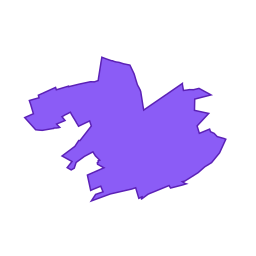 the district of Bustamante, Tamaulipas, Mexico, rotated 65°
{"feature_id": "50627088B16485273598132", "entity_name": "Bustamante", "entity_type": "district", "adm_level": 2, "iso_a3": "MEX", "parent_name": "Mexico", "parent_adm1": "Tamaulipas", "projection": "equal_earth", "projection_center": [-99.943, 23.324], "detail": "fine", "context": "isolated", "style": "filled", "palette": "violet", "viewbox_px": 256, "rotation_deg": 65, "n_neighbors": 0, "source": "geoboundaries", "source_scale": "gbopen_adm2", "svg_char_len": 2215}
<svg xmlns="http://www.w3.org/2000/svg" viewBox="0 0 256 256"><g transform="rotate(65 128 128)"><path d="M64.9,164.3L63.1,176.8L60.6,176.5L60.6,177.0L60.4,195.4L63.0,195.9L62.1,201.3L61.4,205.8L63.1,206.0L64.0,206.1L65.0,206.2L65.8,206.3L66.5,206.4L67.0,206.5L67.7,206.6L67.9,206.6L68.0,206.6L68.3,206.7L68.6,206.7L69.1,206.8L75.1,207.7L74.9,217.2L89.0,212.9L90.5,212.5L91.8,210.4L93.9,206.7L96.5,197.2L97.0,195.6L96.8,195.3L97.0,194.5L97.7,193.0L97.8,192.6L98.3,191.1L98.6,189.6L96.4,190.4L94.6,191.0L94.2,191.1L94.2,190.5L94.3,188.6L94.4,187.3L94.6,181.9L89.9,183.1L89.5,179.4L89.5,177.5L89.3,173.6L90.2,173.5L91.2,173.5L95.3,173.1L96.8,172.9L100.7,172.5L101.7,172.5L103.6,172.2L105.5,172.1L105.4,163.9L105.4,159.8L110.7,160.4L119.1,176.8L118.5,177.9L122.2,183.9L125.5,199.6L134.7,192.9L138.2,199.9L142.0,197.2L141.7,193.7L137.3,189.6L136.9,187.6L135.3,179.5L134.8,169.9L139.6,169.3L139.8,169.2L145.2,167.2L145.1,168.9L146.4,169.5L146.5,170.5L148.0,170.9L153.9,166.6L153.5,184.7L168.8,188.2L168.8,186.1L168.9,184.2L169.2,177.3L175.3,177.6L174.5,185.4L178.6,192.0L180.3,171.9L184.9,150.4L185.4,146.3L196.3,147.9L196.2,144.2L196.8,144.1L198.2,146.3L196.6,138.3L196.5,138.2L196.5,136.0L196.7,132.3L197.5,115.1L200.4,114.8L202.6,103.1L203.2,98.8L202.8,99.2L202.5,99.7L199.6,101.4L200.1,99.0L198.1,83.3L195.6,74.8L194.7,66.9L189.2,55.5L179.5,44.1L178.2,45.3L173.5,50.8L169.3,52.2L166.2,54.8L163.5,54.5L163.0,65.6L156.6,64.7L156.0,64.6L155.3,64.5L148.9,48.7L140.1,60.3L130.0,55.3L133.1,38.8L122.1,46.9L121.0,52.4L119.2,56.1L118.5,58.6L117.4,61.9L111.2,60.2L110.6,59.9L111.1,62.7L115.6,89.6L116.3,93.8L116.6,95.4L116.6,95.7L117.6,101.5L118.4,106.2L114.7,105.2L114.3,105.1L104.6,102.3L100.4,101.1L99.1,101.0L99.0,100.9L97.5,101.0L96.7,101.0L96.3,101.0L93.5,101.2L92.6,101.2L86.1,100.3L85.0,100.1L81.5,99.6L71.8,99.7L68.3,104.4L68.3,104.5L64.8,108.3L62.9,111.2L62.7,111.4L62.0,112.2L61.5,112.7L61.3,113.0L61.2,113.0L60.6,113.5L59.9,114.7L58.5,116.1L56.0,118.7L52.8,121.8L53.9,122.5L54.3,122.8L54.7,123.1L55.8,123.8L57.3,124.9L57.8,125.2L58.4,125.6L64.2,129.5L68.2,132.2L69.5,133.1L72.4,135.0L72.0,138.9L70.2,142.5L67.6,153.7L65.6,163.8L65.4,164.5L64.9,164.3Z" fill="#8b5cf6" stroke="#5b21b6" stroke-width="1.5"/></g></svg>